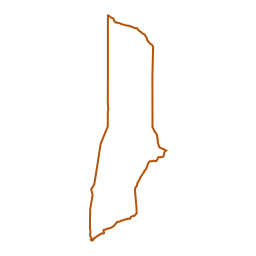 outline of Santa Barbara, Heredia, Costa Rica
{"feature_id": "36466004B69757092766150", "entity_name": "Santa Barbara", "entity_type": "district", "adm_level": 2, "iso_a3": "CRI", "parent_name": "Costa Rica", "parent_adm1": "Heredia", "projection": "mercator", "projection_center": [-84.144, 10.082], "detail": "fine", "context": "isolated", "style": "outline", "palette": "amber", "viewbox_px": 256, "rotation_deg": 0, "n_neighbors": 0, "source": "geoboundaries", "source_scale": "gbopen_adm2", "svg_char_len": 5117}
<svg xmlns="http://www.w3.org/2000/svg" viewBox="0 0 256 256"><path d="M107.9,15.4L107.9,38.4L107.9,75.6L107.8,103.4L108.3,109.9L107.8,112.0L107.8,122.2L107.8,126.4L100.6,144.0L95.9,174.4L94.2,184.4L91.2,189.2L92.6,195.1L90.2,209.3L89.9,228.8L90.5,230.8L90.1,235.6L91.9,239.0L91.0,239.3L90.3,240.6L90.7,240.2L91.0,240.0L91.6,240.0L91.8,240.1L91.9,240.4L92.0,240.5L92.4,240.6L92.6,240.5L92.6,240.4L93.1,239.9L93.6,239.1L93.8,238.9L94.0,238.5L94.2,238.2L94.4,238.2L94.7,238.0L94.8,237.9L95.1,237.7L95.6,237.4L96.0,237.0L96.2,236.9L96.3,236.7L96.6,236.5L97.1,236.2L97.4,235.8L97.6,235.7L98.2,235.7L98.4,235.5L99.9,234.5L100.1,234.3L100.6,233.9L100.9,233.7L101.1,233.7L101.3,233.5L102.3,233.5L102.8,233.5L103.0,233.3L103.4,233.3L103.5,233.3L104.0,233.1L104.0,232.5L103.9,232.3L103.7,231.7L103.7,231.4L103.5,231.0L103.5,230.1L103.7,229.9L104.2,229.7L104.7,229.7L105.0,229.7L105.5,229.6L106.1,229.2L106.7,228.9L107.4,228.7L107.7,228.6L107.9,228.6L108.6,228.5L109.0,228.3L109.3,228.3L109.6,228.1L109.8,228.1L110.4,227.9L111.6,227.4L112.9,226.6L113.7,226.1L113.9,225.8L114.1,225.6L114.3,225.4L114.7,225.1L115.1,224.4L115.3,224.1L115.7,223.8L115.8,223.7L116.2,223.1L116.4,222.9L116.6,222.7L116.8,222.5L116.8,222.4L117.0,222.1L117.2,221.8L119.2,221.8L119.6,221.7L120.2,221.4L120.3,221.3L120.4,221.2L121.2,220.6L121.5,220.6L122.4,220.4L122.9,220.4L123.4,220.2L123.5,220.2L124.1,219.8L124.6,219.4L124.8,219.4L125.2,219.4L125.5,219.3L126.4,219.3L126.6,219.2L127.0,219.2L127.4,219.0L127.8,218.6L129.4,218.6L130.0,218.8L130.4,217.7L130.5,217.5L130.7,217.2L130.9,217.0L131.2,216.8L131.5,216.7L131.8,216.5L132.0,216.4L132.4,216.2L132.9,216.1L133.2,216.0L134.0,216.0L134.2,215.6L134.3,215.5L134.4,215.4L134.8,215.4L134.9,215.2L135.2,215.0L135.4,214.8L135.9,214.1L136.0,214.1L136.6,213.4L136.5,207.9L135.1,191.8L135.1,190.5L135.0,190.3L135.0,189.2L135.1,188.6L135.2,188.2L135.6,187.5L135.9,187.2L136.0,186.9L136.4,186.4L136.6,186.1L136.7,185.9L136.8,185.9L137.0,185.5L137.0,185.4L137.1,185.1L137.1,184.4L137.3,183.4L137.4,183.2L137.5,183.1L137.7,182.6L137.9,182.4L138.0,182.1L138.3,181.7L138.6,181.2L138.7,180.9L138.8,180.9L139.6,179.4L139.6,179.1L139.8,178.9L140.0,178.5L140.1,178.4L140.1,178.0L140.3,177.9L140.3,177.7L140.5,177.1L140.7,176.9L140.8,176.8L141.0,176.5L141.2,176.3L141.4,176.0L141.5,175.9L141.8,175.4L142.2,174.7L142.5,174.2L142.9,173.4L143.3,173.0L143.3,172.9L143.7,172.6L143.7,172.3L144.1,171.9L144.3,171.4L144.3,171.2L144.5,171.0L144.5,170.9L144.8,170.8L144.9,170.6L145.1,170.1L145.7,169.4L146.3,168.6L146.6,167.9L146.7,167.3L147.0,166.7L147.1,166.3L147.2,166.1L147.2,165.8L147.4,165.3L147.4,165.2L147.6,164.7L147.8,164.1L147.9,163.9L148.0,163.6L148.1,163.4L148.2,163.2L148.3,163.1L148.7,162.6L148.8,162.3L149.0,162.0L149.6,161.6L149.8,161.5L150.3,161.1L151.0,161.1L151.5,161.3L152.0,161.3L152.7,161.2L153.2,160.9L153.6,160.7L153.8,160.8L154.4,160.8L154.5,160.9L155.4,161.1L156.1,161.2L156.3,161.0L156.4,160.9L156.7,160.6L157.1,159.7L157.2,159.4L157.4,159.1L157.5,158.9L157.5,158.7L157.8,158.3L157.8,158.2L158.1,157.8L158.1,157.6L158.5,157.2L162.2,157.1L162.7,156.9L163.3,156.5L163.5,156.3L163.5,155.9L163.6,155.7L163.8,155.0L163.8,154.9L164.0,154.3L164.0,154.0L164.1,153.8L164.1,153.5L164.2,153.1L164.3,152.9L164.4,152.7L164.5,152.4L165.1,151.2L165.3,151.0L166.1,150.5L159.5,147.3L159.4,147.2L159.2,146.9L159.0,146.4L158.9,146.1L158.8,145.9L158.8,145.5L158.6,145.3L158.6,145.1L158.5,144.9L158.4,144.4L158.0,143.2L157.9,142.9L157.8,142.2L157.8,141.9L157.8,141.0L157.7,140.9L157.7,139.7L157.6,139.4L157.6,139.0L157.5,138.9L157.5,138.5L157.4,138.3L157.4,137.5L157.3,137.4L157.3,137.2L157.2,137.1L157.2,136.7L157.1,136.3L157.1,135.9L157.0,135.7L157.0,135.4L156.8,135.1L156.8,134.7L156.7,134.6L156.5,134.1L156.3,133.8L156.0,133.5L155.7,132.8L155.5,132.7L154.7,131.6L154.6,131.4L154.6,131.1L152.5,127.4L152.4,76.0L153.1,46.9L152.2,45.2L151.9,44.8L151.0,44.2L149.9,43.6L149.7,43.2L149.5,42.9L148.8,42.2L148.6,41.8L148.3,41.4L148.1,41.2L147.9,41.0L147.9,40.8L147.7,40.6L147.4,40.4L147.0,39.2L146.9,38.6L146.7,38.1L146.5,37.4L146.2,36.9L145.8,36.5L145.7,36.3L145.6,36.1L145.3,35.8L145.0,35.0L144.6,34.6L143.6,34.0L143.4,33.9L142.7,33.6L142.3,33.3L141.5,32.5L141.0,32.1L140.7,31.8L139.9,31.4L139.5,31.1L139.3,30.9L139.2,30.8L138.7,30.3L138.4,30.1L138.2,29.8L138.0,29.6L137.9,29.4L137.5,28.9L137.3,28.4L137.1,28.4L136.8,28.2L135.3,28.2L134.9,28.2L134.4,28.0L134.2,27.9L133.6,27.6L133.3,27.5L132.9,27.3L132.6,27.1L131.9,26.9L131.6,26.8L131.5,26.7L131.4,26.7L131.1,26.6L130.9,26.5L130.5,26.3L130.1,26.1L129.7,26.0L129.5,25.9L129.0,25.8L128.4,25.7L127.8,25.5L126.2,25.5L124.8,25.1L124.7,25.0L124.1,24.7L123.0,24.5L121.7,24.2L121.4,24.1L121.2,24.1L121.0,23.8L120.7,23.7L120.3,23.5L120.1,23.4L119.9,23.3L119.8,23.2L119.5,23.2L118.6,23.0L118.1,22.9L117.4,22.6L117.0,22.6L116.5,22.5L116.2,22.5L116.2,22.4L115.5,22.3L114.9,21.9L114.7,21.7L114.5,21.3L114.4,21.2L114.0,20.6L113.9,20.0L113.8,19.8L113.8,19.6L113.7,19.4L113.6,18.9L113.4,18.6L113.0,18.3L112.5,18.1L112.2,17.9L111.7,17.7L110.8,17.4L110.2,16.9L109.9,16.6L109.6,16.3L108.8,15.8L108.5,15.6L108.1,15.5L108.0,15.4L107.9,15.4Z" fill="none" stroke="#b45309" stroke-width="2"/></svg>